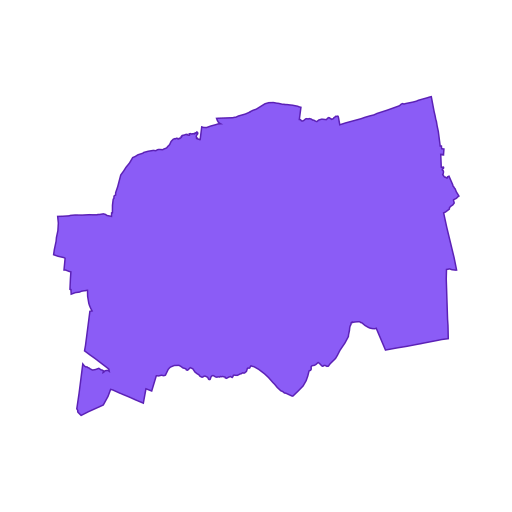 Scornicesti, Olt, Romania, rotated 278°
{"feature_id": "2599482B90884905800424", "entity_name": "Scornicesti", "entity_type": "district", "adm_level": 2, "iso_a3": "ROU", "parent_name": "Romania", "parent_adm1": "Olt", "projection": "equal_earth", "projection_center": [24.55, 44.575], "detail": "fine", "context": "isolated", "style": "filled", "palette": "violet", "viewbox_px": 512, "rotation_deg": 278, "n_neighbors": 0, "source": "geoboundaries", "source_scale": "gbopen_adm2", "svg_char_len": 6097}
<svg xmlns="http://www.w3.org/2000/svg" viewBox="0 0 512 512"><g transform="rotate(278 256 256)"><path d="M270.0,456.6L281.9,452.4L311.2,440.8L324.8,435.8L325.9,437.5L329.3,440.9L330.9,440.9L332.5,442.1L334.0,443.8L336.1,444.9L338.7,443.8L339.2,443.8L341.0,446.4L343.1,448.0L343.6,448.6L347.5,445.4L350.3,443.8L351.0,442.9L351.7,442.5L352.8,441.3L354.1,440.8L361.9,436.0L361.1,434.7L360.0,434.6L359.8,434.3L359.8,433.8L360.5,432.6L360.4,432.3L360.4,431.7L361.3,430.7L362.1,430.3L362.4,429.6L362.8,429.5L363.5,429.9L365.0,430.0L366.0,429.8L366.6,429.4L366.8,428.8L367.3,428.4L368.0,428.6L368.8,429.4L369.6,429.5L370.0,429.3L370.2,428.9L369.5,427.9L369.5,427.4L369.7,427.1L382.3,424.8L382.1,426.2L382.5,426.2L382.2,427.6L388.1,427.2L388.1,424.9L390.7,424.3L390.5,423.1L404.7,419.2L410.2,417.2L414.4,415.9L416.3,415.0L419.6,413.9L424.0,412.2L438.2,407.4L437.4,405.4L436.6,403.8L432.8,395.1L431.7,393.4L430.3,390.1L427.8,383.0L427.2,381.7L427.1,380.9L427.3,380.3L427.3,379.8L426.4,378.5L425.2,377.6L424.4,376.5L418.6,365.5L414.0,356.0L412.1,353.1L410.7,349.5L408.5,344.6L406.6,341.0L400.3,326.3L397.6,320.7L404.0,318.6L405.7,317.9L405.9,317.5L405.4,316.1L405.5,315.9L405.4,315.4L404.7,315.0L403.8,313.9L402.9,313.6L401.8,311.9L402.0,311.5L402.3,311.3L402.4,310.6L403.1,309.6L403.0,309.3L403.2,308.8L402.8,308.1L400.8,306.6L400.7,302.1L399.4,299.2L397.6,297.6L397.6,297.2L397.8,296.2L398.6,294.2L398.4,293.4L399.3,291.6L399.5,289.6L399.0,288.7L399.0,286.7L398.6,286.0L396.7,284.3L396.2,283.4L396.1,282.6L396.2,282.1L397.2,281.1L397.2,279.9L409.5,279.8L409.7,277.8L410.1,276.5L410.4,271.1L410.3,268.2L410.3,265.8L410.0,263.7L410.2,263.4L410.0,262.9L410.1,262.3L409.9,261.3L410.3,257.1L410.2,255.2L410.4,251.9L409.6,247.3L408.0,243.7L401.4,235.8L399.9,232.8L398.0,230.0L397.8,230.1L395.1,225.7L392.2,219.1L390.6,216.7L390.3,215.2L389.7,213.8L387.2,199.7L386.8,197.8L384.6,199.0L383.3,200.1L382.4,201.4L382.0,202.5L381.5,200.0L380.4,197.8L378.5,193.3L376.3,189.1L376.0,186.1L376.3,184.3L363.7,184.5L363.8,184.2L363.5,183.8L363.7,183.7L363.6,182.7L363.8,182.2L364.3,181.8L363.9,181.5L364.1,180.8L364.9,180.7L365.8,180.2L367.2,180.3L368.9,181.3L369.2,180.8L370.1,181.0L370.6,180.2L369.8,179.7L369.6,179.7L369.4,179.4L369.5,178.8L368.9,178.8L368.7,178.5L368.8,178.2L368.3,177.9L368.5,177.0L368.1,176.4L368.2,176.0L367.8,174.9L368.1,174.1L367.7,172.9L366.4,173.3L366.2,172.1L366.5,171.3L366.4,171.0L366.8,170.9L366.8,170.2L366.6,169.6L365.7,168.0L365.6,167.4L365.4,167.2L365.2,166.4L364.8,166.3L364.8,165.9L364.1,165.7L363.9,165.3L363.2,165.6L362.2,164.7L362.2,164.3L361.7,164.1L361.8,163.5L361.1,162.9L361.2,162.0L361.6,161.6L361.6,161.1L361.3,160.5L360.9,160.1L360.9,159.2L360.1,157.8L357.7,156.0L354.4,155.0L353.0,154.1L352.4,153.5L350.8,152.6L350.1,151.7L349.1,149.8L348.4,149.0L348.2,148.2L348.2,147.3L348.0,145.0L347.5,143.6L346.5,142.4L346.3,142.0L346.3,139.7L344.7,134.6L342.9,130.4L342.0,129.6L339.8,125.0L337.7,122.5L336.3,120.2L330.5,117.8L325.7,114.9L321.9,113.2L317.4,110.8L305.4,109.4L299.1,108.2L296.8,108.5L296.3,107.7L295.8,107.2L295.0,107.1L293.2,107.3L292.4,106.7L286.3,106.8L279.0,107.8L278.8,107.8L278.6,107.0L275.1,107.4L275.4,102.6L276.2,101.3L276.5,99.0L275.3,95.2L275.1,93.6L274.9,93.5L274.6,92.5L274.0,88.2L273.7,85.2L272.3,78.1L271.4,71.1L270.4,66.7L269.7,65.1L268.5,59.3L267.6,54.1L261.0,55.7L253.5,56.3L246.5,55.8L242.8,56.0L234.1,55.4L229.1,55.4L228.2,59.9L227.7,65.8L227.4,66.9L227.1,67.3L215.4,67.8L215.6,69.4L214.7,73.2L214.5,74.9L207.7,75.4L197.1,76.4L197.0,76.7L197.0,77.4L192.5,78.3L194.6,82.2L195.7,86.2L196.8,88.0L197.6,90.4L198.0,92.2L198.3,92.6L198.6,93.9L192.6,94.9L185.9,97.0L183.8,98.0L181.1,99.6L178.8,101.3L178.1,99.2L143.6,99.6L138.2,99.4L134.8,105.6L132.4,110.3L123.8,125.6L123.5,126.0L121.4,126.7L122.0,125.6L122.0,124.7L121.4,122.6L120.5,121.8L119.7,121.4L119.3,120.8L121.0,121.0L121.6,119.7L121.7,118.3L122.9,116.0L121.2,112.8L120.3,110.0L121.2,107.3L121.8,106.4L122.2,104.7L122.7,104.1L122.5,102.9L123.1,101.5L125.0,99.5L95.4,99.9L79.7,99.8L79.1,100.4L78.0,101.1L77.1,101.1L76.4,101.5L73.8,105.0L78.4,111.6L87.2,125.5L96.4,129.0L103.7,130.6L103.4,132.9L101.3,140.0L101.2,140.3L98.8,149.7L96.5,157.6L94.6,164.9L109.2,165.5L107.8,171.5L123.4,173.9L123.6,174.1L123.7,176.3L124.8,179.0L124.6,181.1L125.0,182.2L125.4,182.9L131.4,184.8L133.3,186.0L134.2,186.9L136.2,190.3L137.0,194.9L136.3,196.8L135.0,199.2L134.6,202.1L133.5,202.9L133.4,204.2L136.3,206.5L135.5,209.1L132.6,211.7L131.2,214.1L130.5,215.9L129.2,217.2L128.5,219.1L128.6,220.0L129.6,221.1L130.0,222.1L129.8,223.1L129.1,225.0L127.4,226.2L127.1,226.9L127.4,227.7L128.5,228.0L129.1,228.0L130.0,228.3L130.9,228.8L131.5,229.5L131.6,230.5L130.7,232.6L130.5,233.6L130.7,234.5L131.1,235.3L131.1,236.9L131.7,237.4L131.6,238.4L132.0,239.5L132.0,240.0L131.8,242.0L131.7,242.4L131.0,242.6L130.8,243.9L132.3,245.9L133.1,247.4L132.4,249.3L133.3,249.9L134.7,250.2L135.0,250.9L135.0,252.6L135.3,254.3L137.0,256.7L137.3,257.7L138.5,259.1L138.5,259.6L138.3,260.2L138.6,261.0L140.4,262.6L143.5,263.1L143.9,263.6L144.0,264.9L144.2,265.3L146.4,266.1L146.6,266.4L146.3,267.2L146.1,269.5L144.1,274.5L140.5,280.9L137.4,285.3L133.1,290.3L131.6,292.3L128.8,295.3L126.0,299.3L125.5,301.3L124.3,303.2L124.3,304.6L122.3,311.3L122.5,312.1L127.7,316.2L133.8,320.7L139.5,323.0L144.5,324.0L149.4,324.5L149.9,324.9L150.3,325.8L150.9,326.2L151.8,326.4L153.9,326.0L154.7,326.4L155.2,326.9L155.9,329.1L157.0,330.5L159.1,332.2L159.2,332.5L158.2,334.1L156.8,335.9L156.2,336.8L156.1,337.3L156.2,337.7L156.9,338.3L157.2,339.1L157.2,339.8L156.6,341.6L157.0,343.0L159.6,344.4L165.6,349.0L168.9,350.4L174.4,352.3L182.3,356.2L188.6,358.5L189.3,358.7L190.7,358.6L195.1,358.9L198.1,358.8L199.5,358.9L201.6,359.6L203.0,359.5L204.0,360.4L203.5,360.8L204.0,361.7L204.7,364.2L205.3,367.3L205.3,367.8L204.6,369.2L204.7,369.7L204.3,370.6L202.4,373.6L201.0,377.0L200.5,378.7L200.3,381.3L200.5,383.8L201.2,385.1L180.9,397.3L184.7,408.7L187.5,417.8L197.6,447.2L199.1,451.4L200.9,457.9L213.8,455.8L220.0,454.5L259.7,447.6L269.2,446.5L269.7,448.2L270.2,449.3L269.7,451.9L269.8,455.8L270.0,456.6Z" fill="#8b5cf6" stroke="#5b21b6" stroke-width="1.5"/></g></svg>